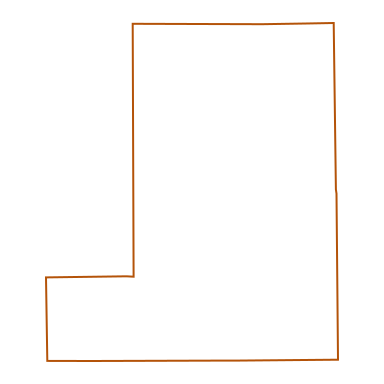 outline of Wells, Indiana, United States of America
{"feature_id": "52423323B5084797475274", "entity_name": "Wells", "entity_type": "district", "adm_level": 2, "iso_a3": "USA", "parent_name": "United States of America", "parent_adm1": "Indiana", "projection": "natural_earth1", "projection_center": [-85.249, 40.742], "detail": "fine", "context": "isolated", "style": "outline", "palette": "amber", "viewbox_px": 384, "rotation_deg": 0, "n_neighbors": 0, "source": "geoboundaries", "source_scale": "gbopen_adm2", "svg_char_len": 299}
<svg xmlns="http://www.w3.org/2000/svg" viewBox="0 0 384 384"><path d="M46.0,277.4L47.3,360.9L90.7,361.0L220.9,360.6L236.1,360.6L338.0,359.7L336.5,193.6L335.9,189.5L333.7,23.0L306.2,23.5L262.2,24.2L132.7,23.8L133.6,276.7L126.5,276.3L46.0,277.4Z" fill="none" stroke="#b45309" stroke-width="2"/></svg>